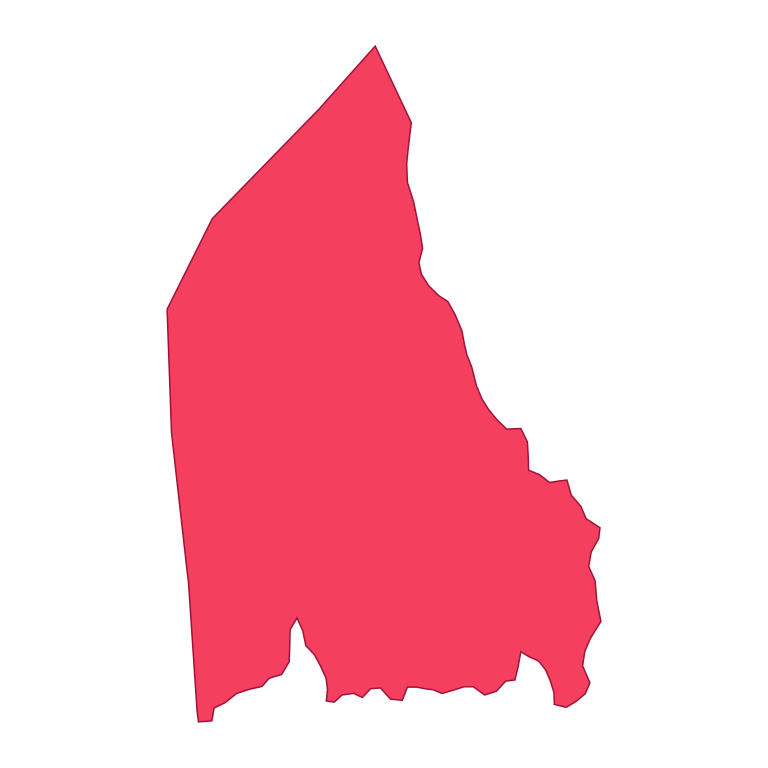 outline of Várzea do Poço, Bahia, Brazil
{"feature_id": "56859067B52245277672809", "entity_name": "Várzea do Poço", "entity_type": "district", "adm_level": 2, "iso_a3": "BRA", "parent_name": "Brazil", "parent_adm1": "Bahia", "projection": "equal_earth", "projection_center": [-40.289, -11.525], "detail": "fine", "context": "isolated", "style": "filled", "palette": "rose", "viewbox_px": 768, "rotation_deg": 0, "n_neighbors": 0, "source": "geoboundaries", "source_scale": "gbopen_adm2", "svg_char_len": 1403}
<svg xmlns="http://www.w3.org/2000/svg" viewBox="0 0 768 768"><path d="M589.9,682.7L582.6,665.9L584.8,651.3L590.4,638.3L600.9,621.4L596.8,600.9L595.1,580.7L588.7,566.5L591.2,552.0L598.7,538.5L600.0,527.8L586.1,518.7L580.9,506.4L571.3,495.2L566.9,480.0L558.2,481.1L549.6,482.5L539.6,474.7L528.6,470.2L528.3,457.9L527.4,441.9L520.8,428.5L506.6,429.1L496.4,419.1L488.3,409.1L481.9,398.8L476.5,385.9L471.7,366.9L467.0,355.3L464.4,344.2L461.9,330.7L455.0,314.5L447.8,301.5L438.9,295.8L428.7,285.8L421.4,274.2L418.9,262.6L422.6,248.4L420.4,234.3L417.4,220.2L413.6,201.7L407.4,182.4L406.7,163.7L408.2,148.4L409.6,136.8L411.3,122.7L375.2,46.1L319.3,108.8L212.3,218.6L167.1,309.3L171.5,432.6L186.8,568.4L188.5,582.3L197.1,711.4L198.5,721.9L211.9,720.8L214.1,708.0L224.9,702.8L236.7,693.4L249.3,689.3L262.0,686.4L269.2,678.2L281.6,674.5L289.2,661.8L289.7,647.2L290.1,629.6L297.0,618.0L302.8,630.8L305.8,645.6L314.4,654.7L320.2,665.4L326.1,678.2L327.5,689.8L326.3,701.0L334.4,702.1L341.9,695.0L353.6,693.4L362.4,697.5L370.6,688.7L380.5,688.0L390.5,699.1L402.3,700.3L407.4,687.1L416.7,687.1L424.8,688.7L433.1,689.8L441.9,693.4L452.2,690.5L463.9,686.8L473.4,686.8L484.7,695.0L496.4,691.2L505.7,681.1L514.9,680.0L518.3,665.9L520.8,651.7L528.6,656.5L538.7,661.1L545.7,670.0L550.4,681.1L554.0,692.8L554.3,704.4L566.2,707.3L576.1,701.4L585.1,693.9L589.9,682.7Z" fill="#f43f5e" stroke="#9f1239" stroke-width="1.5"/></svg>